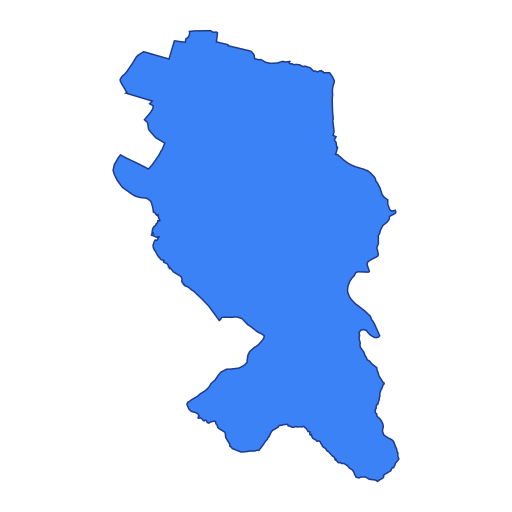 Coas, Maramures, Romania (Mercator projection)
{"feature_id": "2599482B41042364837180", "entity_name": "Coas", "entity_type": "district", "adm_level": 2, "iso_a3": "ROU", "parent_name": "Romania", "parent_adm1": "Maramures", "projection": "mercator", "projection_center": [23.595, 47.517], "detail": "fine", "context": "isolated", "style": "filled", "palette": "blue", "viewbox_px": 512, "rotation_deg": 0, "n_neighbors": 0, "source": "geoboundaries", "source_scale": "gbopen_adm2", "svg_char_len": 6057}
<svg xmlns="http://www.w3.org/2000/svg" viewBox="0 0 512 512"><path d="M323.2,71.8L322.4,71.8L321.6,70.6L320.7,71.1L319.9,70.8L317.5,71.9L315.2,71.0L313.6,71.1L310.2,67.8L304.7,66.1L304.0,66.6L301.1,65.8L299.9,64.9L296.2,64.4L293.9,64.7L291.9,63.7L290.9,64.1L289.0,62.9L289.9,61.5L289.4,61.4L286.0,62.0L282.6,61.6L282.6,61.4L277.3,63.0L271.1,63.4L266.1,62.5L260.8,59.5L259.0,59.8L255.7,58.9L255.0,59.0L254.6,58.3L254.2,55.5L253.5,54.0L251.7,51.9L250.5,51.1L228.0,45.7L228.0,44.7L216.4,41.9L217.5,32.8L216.5,32.1L212.9,32.2L210.6,30.7L195.1,30.9L189.4,31.4L189.6,32.7L189.4,34.9L188.3,37.1L185.9,39.0L185.6,39.9L185.4,42.3L174.4,40.8L169.0,59.0L143.6,51.7L138.0,55.3L136.3,57.0L132.3,63.6L127.2,71.1L124.6,74.3L122.6,75.7L120.8,78.2L120.1,79.8L120.4,81.3L121.7,83.9L126.9,92.5L125.8,93.1L152.3,101.1L149.6,103.8L153.2,105.8L152.8,108.8L150.6,112.3L144.4,119.8L147.3,122.2L147.9,124.3L148.4,128.5L149.1,130.2L155.7,137.7L164.8,143.1L162.1,149.7L161.0,151.1L159.0,155.1L152.7,164.2L149.2,168.3L148.3,168.9L138.2,163.7L126.4,158.1L120.5,154.9L118.5,157.4L114.3,164.6L113.1,170.3L114.2,174.2L117.3,180.5L122.1,187.0L123.3,188.0L131.7,194.0L135.5,196.2L140.1,197.5L145.9,198.1L148.1,199.1L150.7,201.2L151.5,203.0L152.9,208.1L153.4,212.1L154.7,212.2L154.9,212.9L156.4,214.9L156.6,214.7L157.5,215.7L158.1,214.9L158.8,218.5L159.9,220.1L159.7,220.9L157.9,220.6L157.3,223.1L156.2,223.8L155.8,224.9L155.8,225.4L153.8,226.7L153.2,227.7L152.4,229.8L152.1,232.0L153.2,232.8L153.4,233.8L152.0,233.4L151.4,235.0L157.2,237.4L157.4,237.5L157.9,236.8L159.0,236.8L156.8,240.5L155.2,240.0L154.2,241.7L153.1,245.0L153.1,246.3L153.6,248.4L154.7,250.6L155.4,251.1L157.5,255.4L161.1,259.7L164.0,260.4L164.1,260.7L163.4,261.8L163.7,262.2L167.0,263.7L168.4,265.6L168.4,267.0L169.6,267.4L169.5,268.6L170.5,268.4L170.8,268.6L173.4,271.9L180.5,276.2L181.5,277.5L182.1,279.5L181.8,280.5L182.0,282.2L182.8,282.8L183.6,284.7L184.4,284.6L184.9,285.8L188.1,287.0L191.8,290.1L193.5,291.0L202.9,299.9L208.6,305.9L219.3,320.5L220.6,319.4L221.5,317.7L222.4,317.2L231.7,317.3L236.0,316.9L238.2,317.3L242.0,318.6L247.7,324.6L250.5,326.4L258.2,332.4L260.6,333.3L264.2,335.6L263.9,337.8L262.8,339.8L258.5,344.6L255.8,346.7L254.4,347.3L249.6,351.7L247.9,355.2L247.1,360.7L247.2,362.1L245.0,364.6L242.7,366.2L238.9,368.1L230.6,369.1L226.6,369.2L220.8,372.2L218.5,375.0L215.0,380.1L211.0,383.6L209.1,386.9L206.5,389.6L204.1,391.5L200.5,393.6L197.1,396.6L191.5,399.7L190.2,400.9L187.7,402.3L186.9,404.4L188.9,409.1L191.3,411.4L195.9,412.7L197.9,413.8L198.4,415.1L199.2,415.9L198.0,417.4L198.2,418.1L198.6,418.3L200.2,417.7L202.3,419.2L203.4,420.7L204.4,420.8L205.4,420.1L206.2,420.4L207.1,421.8L207.1,422.4L207.7,422.7L208.8,423.1L210.8,421.9L213.5,421.3L215.5,421.4L216.0,423.9L217.2,425.3L217.7,427.1L218.6,428.4L224.9,432.2L225.3,433.7L225.7,437.5L229.3,443.5L229.8,444.6L229.9,446.3L230.8,446.8L232.4,448.6L241.2,452.1L247.7,451.5L248.8,451.1L254.6,451.0L256.8,450.3L258.8,450.4L259.2,450.1L263.9,443.8L265.3,441.4L267.4,439.3L267.7,438.1L269.3,436.3L269.4,435.3L270.2,434.5L270.5,433.3L272.3,430.6L278.3,427.0L279.0,425.7L279.6,425.3L281.3,425.4L283.6,424.6L287.4,424.3L287.9,424.6L288.0,425.6L288.2,425.9L290.5,426.3L291.3,427.1L293.8,427.3L295.9,426.5L297.1,427.0L300.2,426.7L301.8,427.0L303.2,426.4L303.7,426.5L306.5,428.7L308.1,431.6L309.9,431.8L309.8,434.4L310.3,434.9L311.3,434.6L311.3,435.4L311.9,436.0L311.8,436.7L312.9,438.4L315.6,439.8L316.9,441.2L319.1,441.0L320.2,441.8L321.0,443.7L322.2,444.9L322.2,445.9L323.2,447.1L325.6,448.6L327.0,450.9L328.6,451.7L332.4,456.0L333.9,456.8L334.2,457.6L334.8,458.2L334.8,459.0L335.8,459.2L335.5,460.1L336.6,460.4L337.1,461.4L338.4,462.7L340.7,462.7L341.6,463.5L344.1,463.5L347.8,466.0L349.3,468.0L352.2,469.8L353.8,472.0L354.6,474.4L356.2,477.3L359.1,477.9L360.7,477.1L365.4,476.9L369.3,479.3L375.3,480.0L377.5,481.3L377.9,480.5L378.7,480.8L378.9,480.2L382.6,478.3L383.6,477.1L383.8,476.5L383.5,475.5L384.3,474.6L390.5,471.0L391.0,470.4L391.6,468.7L392.2,468.1L393.8,467.5L394.2,466.1L394.8,465.5L395.3,463.4L397.1,461.4L398.9,458.9L397.8,456.3L397.9,453.1L396.9,451.0L396.7,449.2L394.3,443.6L394.1,442.6L392.8,440.5L390.2,438.8L388.5,438.2L383.9,435.1L382.5,431.3L382.7,429.2L383.3,426.9L382.9,424.0L381.5,421.0L379.2,418.1L377.2,416.5L376.9,415.7L376.7,414.0L375.6,413.0L375.0,411.5L375.4,410.4L375.4,409.2L376.2,408.3L376.1,406.4L377.0,404.5L378.0,403.9L378.1,402.2L378.5,401.7L379.3,399.4L379.3,398.1L379.9,396.1L379.8,393.7L380.1,392.3L381.1,389.6L381.9,388.4L382.8,385.7L383.5,384.3L384.2,383.9L384.1,383.1L382.9,382.1L378.9,375.8L378.2,372.9L377.0,369.9L376.7,367.6L371.8,363.8L369.6,361.1L367.2,359.7L366.1,357.0L365.1,355.7L363.9,352.3L360.4,347.4L359.9,345.0L360.2,343.8L360.1,342.2L359.4,340.1L359.1,338.1L359.1,337.4L359.6,335.8L359.0,332.6L360.8,330.2L363.3,329.6L366.4,330.4L368.0,332.7L370.1,334.9L374.3,337.4L376.2,337.7L378.3,337.2L379.7,335.8L374.3,323.6L372.9,321.1L371.9,320.3L370.4,316.3L364.5,310.7L355.1,303.5L351.1,299.3L349.3,296.5L347.7,292.0L347.5,290.2L348.0,285.9L349.7,281.5L351.7,278.4L354.4,275.4L355.6,272.8L357.2,272.0L358.5,271.8L367.2,272.1L368.5,272.1L369.1,271.7L369.4,271.2L367.2,265.1L367.2,263.4L368.0,261.7L371.2,259.5L376.0,257.2L377.4,256.3L378.1,255.2L378.3,254.3L377.4,249.9L376.8,248.5L376.9,247.3L378.4,243.7L378.3,235.5L379.5,233.8L380.5,230.0L382.7,225.7L387.2,222.0L388.4,220.5L389.2,219.1L389.4,216.9L389.9,216.2L394.7,213.7L395.5,212.9L395.8,212.1L395.3,210.3L392.0,211.0L390.8,210.5L389.7,209.5L387.7,204.0L387.8,199.9L384.0,197.1L382.1,194.6L380.1,188.2L377.6,183.3L375.6,180.4L375.5,179.0L374.3,177.0L370.8,173.2L367.4,170.5L367.1,170.7L364.0,169.3L355.9,166.9L351.1,164.9L347.8,163.1L343.9,160.2L337.7,154.7L335.5,154.3L336.4,151.9L337.5,147.6L336.7,147.4L336.9,146.3L336.4,145.3L336.1,142.5L334.5,140.2L334.6,139.3L336.1,136.8L333.0,135.3L333.9,132.6L334.0,131.1L332.8,120.3L333.2,119.3L333.0,115.9L332.6,112.8L332.2,100.2L332.6,95.0L332.4,91.6L332.5,88.6L333.2,85.3L334.2,82.3L334.3,80.7L332.6,77.0L329.6,72.7L323.5,72.7L323.2,71.8Z" fill="#3b82f6" stroke="#1e3a8a" stroke-width="1.5"/></svg>